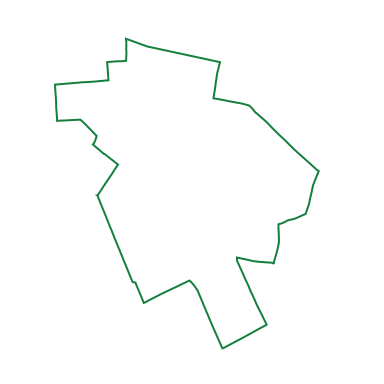 Izvoare, Dolj, Romania, rotated 85°
{"feature_id": "2599482B17685193443553", "entity_name": "Izvoare", "entity_type": "district", "adm_level": 2, "iso_a3": "ROU", "parent_name": "Romania", "parent_adm1": "Dolj", "projection": "natural_earth1", "projection_center": [23.323, 44.156], "detail": "fine", "context": "isolated", "style": "outline", "palette": "green", "viewbox_px": 384, "rotation_deg": 85, "n_neighbors": 0, "source": "geoboundaries", "source_scale": "gbopen_adm2", "svg_char_len": 5825}
<svg xmlns="http://www.w3.org/2000/svg" viewBox="0 0 384 384"><g transform="rotate(85 192 192)"><path d="M276.8,257.8L277.2,256.7L277.3,256.4L277.6,256.1L278.0,256.0L280.4,255.4L281.8,254.9L285.1,253.8L296.1,250.4L298.0,249.8L298.3,249.7L298.1,248.9L297.1,246.5L296.0,244.0L294.9,241.4L293.6,238.1L292.4,235.1L291.5,233.0L289.7,228.3L286.9,220.8L285.3,216.4L283.2,210.9L280.9,204.8L280.0,202.3L280.0,202.2L280.1,201.9L281.7,200.7L284.7,198.4L290.8,194.9L292.6,194.4L295.6,193.4L299.7,192.1L303.9,190.8L307.6,189.6L310.5,188.7L316.8,186.6L319.4,185.8L322.2,184.9L330.4,182.2L350.4,175.4L349.9,173.6L346.8,166.3L345.3,162.8L341.6,154.0L334.6,138.2L330.7,129.2L319.2,133.6L318.8,133.8L318.3,134.0L317.7,134.2L316.7,134.6L316.2,134.9L315.1,135.3L313.6,135.9L313.0,136.1L312.0,136.5L311.5,136.7L310.5,137.0L310.1,137.2L309.6,137.4L308.7,137.7L308.2,137.9L307.3,138.2L305.4,138.8L305.0,139.0L304.5,139.1L304.1,139.3L303.2,139.6L302.7,139.7L301.8,140.1L301.4,140.2L300.6,140.5L300.2,140.6L299.3,141.0L298.9,141.1L298.5,141.3L297.6,141.6L297.2,141.8L296.4,142.1L295.0,142.5L294.6,142.6L294.2,142.8L293.8,142.9L293.4,143.0L293.0,143.2L292.6,143.3L292.1,143.4L291.8,143.4L287.0,145.2L284.1,146.3L283.4,146.5L282.7,146.8L282.0,147.0L281.3,147.2L280.6,147.5L279.9,147.7L279.1,148.0L277.7,148.4L276.3,148.9L275.6,149.2L274.9,149.4L274.2,149.6L273.6,149.9L272.9,150.1L271.5,150.6L269.5,151.3L268.9,151.5L267.6,152.0L267.0,152.2L266.4,152.4L264.6,153.0L264.2,153.1L263.8,153.1L263.1,153.1L262.7,153.1L262.4,153.0L262.0,153.0L261.5,152.9L261.2,152.9L261.5,152.1L261.9,150.7L262.3,149.3L263.2,146.5L263.6,145.1L264.0,143.7L264.4,142.4L265.3,139.8L265.7,138.5L266.1,137.3L266.4,136.0L266.9,133.5L267.2,132.3L267.4,131.1L267.6,130.0L267.9,128.1L268.1,126.8L268.2,126.2L268.4,125.5L268.4,124.9L268.5,124.3L268.7,123.1L268.8,122.4L268.9,121.8L269.0,121.2L269.1,120.6L269.2,120.0L269.3,119.5L269.4,118.9L269.5,118.6L269.7,117.8L269.8,117.6L270.1,117.4L270.3,117.1L270.2,116.8L269.9,116.8L269.6,116.7L268.9,116.5L262.0,113.8L257.0,112.0L254.3,111.1L249.9,109.8L244.7,109.4L241.3,109.2L235.9,109.0L231.7,108.7L231.3,106.5L230.9,105.0L230.3,102.9L229.9,102.0L229.5,101.0L228.9,99.9L228.5,98.4L228.3,97.2L228.2,95.9L228.1,95.3L227.9,94.2L227.7,92.8L227.4,91.6L227.2,90.9L225.9,86.9L225.2,85.0L224.5,83.0L224.2,81.9L224.0,81.4L223.9,81.0L223.9,80.8L219.2,78.7L216.8,77.6L215.6,77.1L214.7,76.7L213.2,76.1L212.5,75.9L210.5,75.5L208.7,74.9L204.3,73.4L199.7,72.0L197.6,71.4L195.4,70.6L188.4,67.1L184.4,65.0L182.1,63.9L182.0,64.0L181.4,65.1L158.7,86.3L154.0,90.3L149.9,93.7L146.5,96.7L144.2,98.8L136.4,105.6L129.4,111.1L125.3,114.9L117.8,122.2L117.8,122.3L115.6,123.6L115.2,123.9L114.5,124.4L113.8,125.0L112.3,126.3L111.8,126.6L110.9,127.6L110.5,128.3L109.0,132.5L108.2,134.7L105.1,146.1L104.5,148.2L103.1,152.9L102.2,156.1L100.5,162.4L98.1,161.8L96.6,161.5L92.8,160.5L87.2,159.2L84.8,158.7L80.8,157.7L78.0,157.1L74.6,156.1L70.9,154.8L65.1,152.8L43.1,224.0L33.6,244.4L36.9,244.4L38.8,244.5L39.9,244.6L41.6,244.8L43.1,245.0L44.9,245.1L45.7,245.1L46.7,245.2L48.6,245.3L50.9,245.6L55.5,246.2L55.6,250.5L55.2,256.6L55.2,258.7L55.2,260.7L55.2,263.7L55.2,265.2L69.1,265.4L73.5,265.5L73.4,267.1L73.4,269.9L73.5,270.3L73.5,270.8L73.5,271.5L73.4,272.7L73.5,273.1L73.5,273.3L73.4,273.6L73.4,274.2L73.4,274.7L73.4,275.1L73.4,275.9L73.5,276.1L73.5,276.8L73.5,277.6L73.5,278.4L73.5,278.6L73.5,279.1L73.5,279.3L73.5,279.8L73.5,280.2L73.5,280.6L73.4,282.0L73.5,282.9L73.4,284.2L73.4,285.0L73.4,285.3L73.3,285.9L73.4,286.5L73.3,287.6L73.3,288.8L73.2,289.8L73.1,292.2L73.1,293.5L73.2,295.0L73.2,296.9L73.1,298.6L73.1,300.1L73.1,301.3L73.2,304.0L73.1,304.9L73.1,307.3L73.1,308.8L73.1,309.9L73.1,311.8L73.1,313.8L73.1,315.1L73.1,317.5L73.0,318.9L73.0,319.1L73.9,319.1L74.6,319.1L76.1,319.2L77.7,319.3L79.9,319.3L81.5,319.3L82.3,319.4L83.0,319.4L83.7,319.4L86.7,319.4L89.0,319.5L89.8,319.5L91.3,319.6L92.0,319.6L94.3,319.8L95.6,319.9L105.0,320.0L107.3,320.1L109.3,320.1L109.5,320.1L109.4,319.3L109.4,318.1L109.5,315.2L109.6,313.7L109.7,311.8L109.8,308.2L109.9,304.6L110.0,302.1L110.2,297.2L110.2,296.9L114.9,292.6L120.7,287.9L126.4,283.3L127.8,282.1L128.2,282.3L129.4,282.7L130.2,283.0L130.6,283.2L131.0,283.4L131.4,283.6L131.8,283.7L132.3,283.9L132.7,284.1L133.0,284.3L133.3,284.5L134.0,285.0L134.8,285.5L135.1,285.7L135.3,285.9L135.7,286.3L136.0,286.6L146.2,276.6L146.4,276.5L146.4,276.1L146.6,275.7L147.2,275.1L149.0,273.2L149.7,272.4L158.2,263.3L158.9,263.8L159.6,264.4L160.3,265.0L161.8,266.2L162.5,266.8L163.3,267.4L164.1,268.0L164.8,268.6L165.6,269.2L166.5,269.8L167.3,270.4L168.1,271.0L168.8,271.7L169.5,272.3L170.3,272.9L171.1,273.5L171.8,274.1L172.5,274.6L173.2,275.3L174.0,275.9L175.7,277.3L176.5,277.9L177.4,278.6L178.2,279.3L179.1,280.0L179.8,280.5L180.6,281.2L181.2,281.6L181.7,282.0L182.2,282.4L182.7,282.8L183.2,283.2L183.8,283.6L184.3,284.0L184.8,284.4L185.3,284.9L185.8,285.3L186.4,285.7L186.9,286.2L187.3,286.4L187.3,286.5L187.4,286.4L187.5,286.3L187.8,286.2L188.1,286.2L188.9,286.0L191.2,285.3L193.2,284.7L194.1,284.4L195.9,283.9L197.8,283.3L198.7,283.0L199.7,282.7L200.7,282.4L202.6,281.8L203.5,281.5L204.5,281.2L207.4,280.3L208.4,280.0L209.4,279.7L210.4,279.4L211.5,279.1L212.4,278.8L213.3,278.6L214.2,278.3L215.2,278.0L216.2,277.7L217.2,277.4L218.2,277.1L219.2,276.8L220.2,276.5L221.1,276.2L222.1,275.8L223.1,275.5L224.1,275.2L225.2,274.9L226.2,274.6L227.2,274.3L229.3,273.7L230.3,273.4L231.4,273.1L232.4,272.8L233.5,272.4L235.6,271.8L236.6,271.4L237.7,271.1L238.8,270.8L240.9,270.1L241.9,269.7L243.0,269.4L244.2,269.0L245.8,268.6L247.3,268.1L248.8,267.6L250.4,267.1L253.6,266.2L255.2,265.7L256.9,265.1L258.6,264.6L260.3,264.1L262.0,263.5L263.7,263.0L265.4,262.5L267.2,261.9L270.5,260.9L272.4,260.4L274.3,259.7L275.6,259.3L276.2,259.1L276.3,259.1L276.5,258.9L276.7,258.3L276.8,258.0L276.8,257.8Z" fill="none" stroke="#15803d" stroke-width="2"/></g></svg>